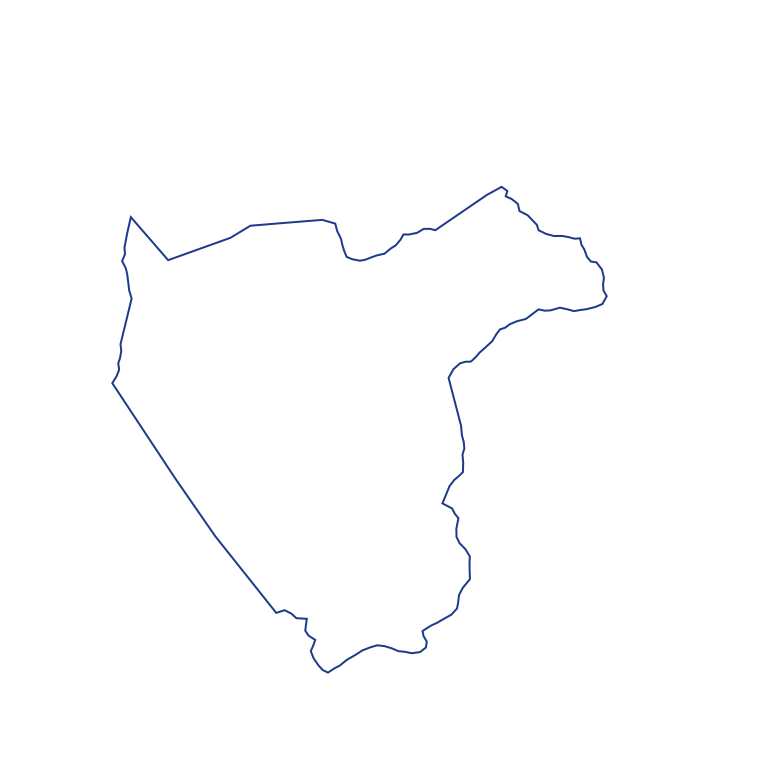 Araçás, Bahia, Brazil, rotated 65°
{"feature_id": "56859067B21814808671307", "entity_name": "Araçás", "entity_type": "district", "adm_level": 2, "iso_a3": "BRA", "parent_name": "Brazil", "parent_adm1": "Bahia", "projection": "orthographic", "projection_center": [-38.2, -12.144], "detail": "fine", "context": "isolated", "style": "outline", "palette": "blue", "viewbox_px": 768, "rotation_deg": 65, "n_neighbors": 0, "source": "geoboundaries", "source_scale": "gbopen_adm2", "svg_char_len": 2157}
<svg xmlns="http://www.w3.org/2000/svg" viewBox="0 0 768 768"><g transform="rotate(65 384 384)"><path d="M125.8,542.9L131.7,547.5L138.0,552.4L145.6,557.9L150.9,561.7L156.9,563.9L161.9,569.4L170.1,569.1L175.8,570.3L183.7,572.8L191.5,575.4L199.9,576.6L236.6,606.0L243.1,608.2L249.0,612.3L252.9,616.1L259.1,618.0L263.9,623.0L268.4,629.9L380.8,613.2L450.6,601.3L545.9,578.4L547.0,569.7L552.9,565.0L559.2,562.4L564.2,553.2L569.3,556.5L574.3,559.6L580.2,558.7L586.9,554.5L591.0,558.5L595.2,563.3L603.1,563.7L610.9,562.4L617.4,560.4L621.9,556.7L620.8,549.8L620.5,543.1L618.3,534.3L617.5,525.0L616.3,515.8L616.9,507.4L618.0,500.4L621.9,494.2L626.8,488.7L632.3,483.8L635.3,478.6L639.8,472.5L642.2,464.5L640.5,457.3L635.5,454.1L629.2,454.7L624.2,453.5L623.4,448.1L622.8,442.6L622.9,437.3L622.2,429.6L621.5,420.4L618.4,412.8L613.8,409.4L607.1,405.3L602.0,398.7L597.2,388.6L588.7,385.0L582.3,382.1L576.6,379.1L568.2,380.0L560.2,382.8L553.2,382.9L545.9,379.7L537.1,373.3L531.2,374.7L525.6,374.9L516.9,381.5L504.2,367.7L500.6,360.7L499.2,355.5L497.2,349.7L489.1,345.6L481.2,342.7L476.5,338.5L470.1,336.2L463.6,335.1L454.4,331.8L405.8,322.9L399.9,314.8L397.4,306.4L398.2,301.0L400.4,295.8L398.6,290.0L395.9,284.0L393.7,276.5L390.9,267.8L386.4,261.2L383.5,255.8L384.2,250.5L383.0,244.8L383.3,237.0L385.0,228.0L383.1,219.1L381.7,212.4L385.5,207.3L387.6,202.1L389.2,192.3L394.0,186.0L398.2,181.1L400.0,174.5L401.7,169.2L403.5,160.1L403.8,152.2L398.5,145.0L392.0,145.6L386.2,143.3L380.5,139.7L372.3,138.1L363.5,140.1L360.5,144.7L354.5,146.3L346.7,145.6L341.3,146.2L334.8,144.8L332.8,150.0L328.9,154.6L325.0,160.1L321.8,167.3L316.5,173.6L310.0,178.9L304.3,178.2L299.1,180.0L291.7,182.5L284.6,188.1L277.3,186.6L270.3,190.1L265.4,194.4L261.2,190.7L255.0,194.1L256.1,210.8L266.3,272.5L262.9,276.6L260.2,282.5L261.0,290.1L259.0,298.4L256.7,303.1L260.1,307.9L263.2,314.5L264.1,320.9L266.1,328.4L264.4,336.4L263.8,342.8L263.5,348.4L262.1,353.7L257.7,359.8L253.1,364.1L246.9,363.9L240.5,363.0L234.0,361.6L225.7,361.8L218.0,360.4L209.2,370.5L202.2,389.3L192.5,415.4L184.1,438.2L186.6,461.3L181.9,512.6L180.5,527.3L125.8,542.9Z" fill="none" stroke="#1e3a8a" stroke-width="2"/></g></svg>